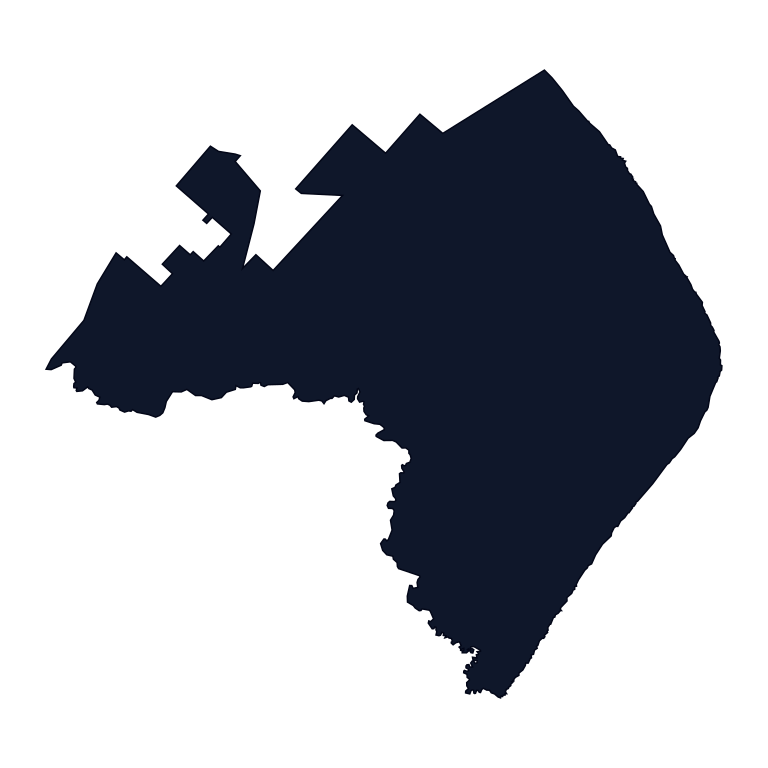 Punta Indio, Buenos Aires, Argentina (Robinson projection)
{"feature_id": "61730980B33989982283720", "entity_name": "Punta Indio", "entity_type": "district", "adm_level": 2, "iso_a3": "ARG", "parent_name": "Argentina", "parent_adm1": "Buenos Aires", "projection": "robinson", "projection_center": [-57.315, -35.457], "detail": "fine", "context": "isolated", "style": "filled", "palette": "ink", "viewbox_px": 768, "rotation_deg": 0, "n_neighbors": 0, "source": "geoboundaries", "source_scale": "gbopen_adm2", "svg_char_len": 6101}
<svg xmlns="http://www.w3.org/2000/svg" viewBox="0 0 768 768"><path d="M500.6,697.9L501.2,695.9L502.6,696.5L503.2,695.2L505.1,695.0L505.0,693.7L506.6,693.7L505.4,691.9L506.3,689.4L508.4,688.5L508.3,687.6L510.8,685.6L510.5,684.6L512.3,682.7L511.7,681.7L513.1,681.7L512.8,680.6L513.8,680.7L513.5,679.9L515.3,677.4L518.9,675.4L518.9,673.1L522.8,670.0L525.3,665.6L525.7,663.1L528.2,663.1L530.1,658.8L531.5,657.8L531.1,655.0L533.5,654.3L534.5,650.1L537.2,648.3L536.5,646.4L537.8,645.5L539.4,640.8L542.1,638.3L543.7,638.3L544.9,636.7L544.4,635.2L547.6,632.5L547.1,631.1L548.1,630.2L547.8,627.6L549.8,624.3L550.7,624.2L553.4,617.5L554.8,617.1L555.4,614.8L558.1,613.3L560.4,610.6L561.4,610.6L560.4,609.4L560.7,607.6L567.0,601.0L566.9,597.5L571.7,593.4L573.1,590.0L574.7,589.3L574.7,586.5L576.5,586.2L576.3,584.4L578.5,579.8L584.8,570.2L587.3,567.9L588.2,565.6L591.6,563.9L595.6,554.8L602.5,544.2L611.2,535.9L611.6,532.8L614.2,527.6L616.2,526.3L617.8,526.4L620.6,521.0L624.7,517.6L628.0,512.8L628.9,512.8L632.4,508.0L632.0,507.1L634.0,506.2L635.9,503.4L636.2,501.6L637.4,501.4L652.7,483.7L667.0,464.4L669.3,462.9L672.1,458.7L674.7,456.8L680.6,449.5L688.1,438.2L694.2,433.4L698.1,427.8L700.5,420.8L704.8,412.0L706.8,410.2L708.1,407.4L709.9,396.4L715.7,382.5L716.7,381.8L718.0,378.1L717.6,377.4L719.3,375.9L720.1,371.5L721.6,370.1L721.9,365.7L720.4,364.8L720.5,360.0L719.3,358.3L720.3,350.8L720.0,346.8L718.7,344.6L719.4,343.0L719.0,341.3L713.7,332.0L714.0,330.4L712.3,327.1L710.7,325.4L710.6,322.9L706.9,314.9L704.7,313.2L705.0,311.6L702.1,305.5L702.4,302.3L696.4,294.2L695.8,292.2L694.7,292.1L692.5,289.2L690.9,284.6L686.9,277.7L687.2,276.9L685.4,276.8L685.8,276.0L683.7,274.2L678.8,265.0L675.0,260.1L675.2,258.7L674.3,258.2L673.5,255.5L670.0,252.3L662.3,234.9L660.5,225.9L653.8,214.0L651.4,206.4L649.4,204.2L643.2,191.5L637.0,184.7L636.7,183.2L635.4,183.0L635.6,181.8L633.0,180.5L633.4,179.1L631.8,178.7L632.8,177.1L630.7,174.0L629.6,173.9L627.6,170.8L627.4,168.3L625.6,166.9L624.5,163.0L625.7,161.2L622.5,160.3L623.2,158.5L620.6,158.2L620.6,156.8L617.7,156.5L615.3,149.9L611.7,148.0L609.7,144.9L608.3,144.7L599.5,131.8L589.6,123.2L588.7,121.3L587.7,121.3L578.7,110.9L573.4,106.2L562.4,90.6L552.2,78.0L544.4,70.1L442.8,133.4L419.9,114.2L385.6,153.2L352.2,124.8L295.7,188.9L301.3,193.4L342.6,195.4L273.1,270.5L255.9,254.7L242.5,268.5L254.0,223.8L260.3,190.9L235.2,161.5L240.3,155.7L235.2,154.1L218.5,151.4L210.4,146.2L176.3,185.9L208.5,214.0L202.9,220.2L206.7,223.4L212.3,217.3L231.3,234.0L219.9,247.2L218.3,245.8L203.7,261.0L193.2,251.6L190.2,254.8L179.6,245.5L162.3,264.2L172.5,273.7L160.9,286.3L126.8,256.8L124.3,259.8L116.1,252.9L97.3,283.9L83.9,320.4L51.4,359.0L46.1,369.2L51.2,369.6L61.2,365.2L62.1,362.9L70.4,361.8L75.8,366.3L75.7,367.6L74.4,369.1L74.0,378.4L75.7,382.2L74.0,383.5L73.7,386.3L73.9,387.7L77.0,388.1L76.2,390.5L76.8,391.4L82.5,390.8L87.7,386.9L88.9,388.6L92.1,390.0L95.2,395.0L99.9,397.2L98.9,400.4L96.7,402.5L97.4,403.9L104.4,404.6L107.4,404.1L109.8,405.1L111.6,407.2L116.5,406.6L118.9,407.9L119.9,410.0L124.6,412.1L128.4,410.9L131.1,411.2L132.6,409.6L137.0,412.3L148.5,414.5L155.7,417.1L159.8,415.4L162.8,412.8L164.9,407.7L166.3,401.5L172.5,391.7L181.3,391.9L186.9,389.4L195.5,395.5L201.5,395.5L211.9,399.7L221.4,397.6L226.4,392.2L235.3,389.4L236.0,385.6L240.2,387.8L243.4,387.8L250.7,386.8L251.7,386.3L252.6,383.2L258.3,383.4L259.7,382.5L260.5,382.7L261.0,385.2L264.3,386.5L267.8,384.7L282.8,384.3L287.7,382.5L294.7,389.8L295.2,392.5L293.1,396.9L293.9,398.7L297.9,396.6L298.7,398.7L302.2,401.1L308.8,401.6L318.8,400.2L321.8,400.9L324.0,403.7L325.9,400.7L330.3,398.4L332.0,398.4L334.4,395.8L338.7,397.0L344.3,395.4L348.5,397.2L348.9,400.9L351.3,402.2L354.2,399.5L354.5,395.1L357.0,392.9L357.3,389.1L358.4,388.5L360.0,391.9L357.7,396.6L357.6,398.8L359.6,402.1L362.8,401.3L364.1,401.9L363.5,404.3L364.5,406.2L363.8,408.0L364.0,411.4L366.2,414.7L368.7,415.9L364.7,419.2L364.9,420.7L374.1,423.7L379.9,424.3L384.1,427.6L384.2,429.7L377.9,433.1L376.0,435.1L376.2,436.4L383.8,440.5L392.6,440.4L396.2,442.0L402.0,448.0L405.8,447.9L408.9,450.2L408.9,453.3L410.2,454.8L411.2,458.5L409.9,462.2L406.4,463.5L405.6,465.4L404.5,465.8L402.3,464.7L401.6,465.6L401.9,468.4L404.3,472.1L403.7,472.9L400.7,472.8L399.5,473.7L400.0,482.4L396.0,484.9L395.0,487.4L391.8,488.8L393.3,495.9L395.6,498.6L395.9,500.4L394.6,501.6L389.7,501.4L388.0,502.9L387.2,505.5L388.5,508.3L392.7,508.5L394.2,510.6L393.6,515.1L390.5,520.2L392.1,530.1L388.4,539.5L386.9,540.9L385.1,539.0L383.9,539.0L380.6,543.6L382.7,550.4L386.8,554.8L392.9,556.2L393.4,559.2L397.1,562.5L397.4,566.5L398.6,568.6L419.5,575.7L420.1,577.0L418.0,579.4L417.1,582.5L417.8,587.4L413.1,588.4L411.8,585.6L409.7,585.5L407.3,596.1L407.5,602.1L413.3,605.5L415.2,608.0L419.2,610.7L420.9,610.5L422.2,608.9L429.3,610.2L430.3,611.3L433.6,618.9L430.7,621.6L428.8,620.9L428.3,623.1L432.2,628.8L433.8,628.7L434.8,626.9L436.0,627.3L436.0,629.9L436.8,631.6L436.0,635.0L439.0,635.7L440.5,635.2L441.9,632.3L443.7,633.1L443.3,635.4L445.9,635.7L444.9,637.8L447.9,636.9L449.0,638.0L451.5,638.5L452.4,641.4L451.3,642.1L451.3,643.1L453.1,644.8L455.9,642.7L459.4,641.8L461.2,645.6L459.1,647.1L460.7,648.8L460.6,650.3L461.6,650.7L462.6,648.6L463.8,648.3L463.8,650.4L462.3,651.4L462.2,652.8L466.5,652.8L468.4,651.1L467.3,649.7L468.4,648.8L471.0,652.7L472.8,653.0L473.8,649.7L471.9,648.5L470.6,649.4L470.2,648.4L470.8,646.9L471.9,646.7L473.9,646.6L480.5,650.3L480.5,651.3L477.1,651.7L478.5,653.6L478.3,654.7L476.4,654.7L476.8,657.9L472.5,657.2L472.8,659.2L473.9,660.3L477.2,660.7L477.1,662.7L475.0,663.4L473.7,661.0L472.3,660.9L470.7,663.0L472.5,666.8L470.0,667.2L468.9,664.6L466.9,664.8L466.0,666.0L466.0,667.8L468.6,669.4L468.6,670.6L467.0,671.3L464.4,670.4L463.8,671.1L463.7,672.8L467.0,674.3L467.2,677.5L469.1,678.7L469.4,680.1L466.7,682.6L466.8,685.9L468.5,688.5L465.7,691.1L465.6,692.9L469.8,693.9L471.1,690.5L472.4,689.9L473.5,690.3L473.9,693.1L474.6,693.5L475.5,693.3L476.6,690.4L478.0,690.4L479.3,692.3L480.5,692.5L481.8,689.5L483.3,688.3L486.7,690.1L489.5,690.2L491.3,692.8L494.5,693.9L498.1,697.0L500.6,697.9Z" fill="#0f172a" stroke="#020617" stroke-width="1.5"/></svg>